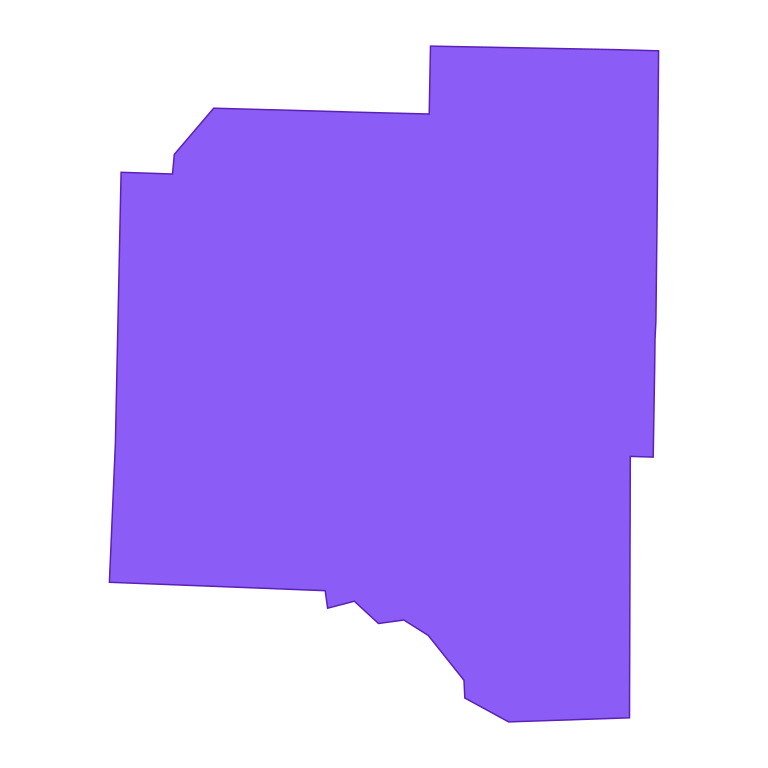 Grant, Arkansas, United States of America
{"feature_id": "52423323B41893440986627", "entity_name": "Grant", "entity_type": "district", "adm_level": 2, "iso_a3": "USA", "parent_name": "United States of America", "parent_adm1": "Arkansas", "projection": "equal_earth", "projection_center": [-92.409, 34.278], "detail": "fine", "context": "isolated", "style": "filled", "palette": "violet", "viewbox_px": 768, "rotation_deg": 0, "n_neighbors": 0, "source": "geoboundaries", "source_scale": "gbopen_adm2", "svg_char_len": 512}
<svg xmlns="http://www.w3.org/2000/svg" viewBox="0 0 768 768"><path d="M121.1,172.3L115.4,443.2L109.4,582.3L325.2,590.7L327.6,608.2L354.3,601.2L378.5,623.5L403.8,620.0L428.2,635.4L441.7,652.3L464.0,680.3L464.8,698.0L508.6,721.9L629.5,717.8L630.3,456.4L653.2,457.1L654.7,366.5L655.0,339.2L655.9,321.2L657.1,215.0L657.4,185.7L658.6,50.8L614.5,49.6L440.4,46.3L430.5,46.1L429.2,114.0L353.2,112.1L344.3,111.8L213.7,108.2L174.3,154.4L172.5,174.0L121.1,172.3Z" fill="#8b5cf6" stroke="#5b21b6" stroke-width="1.5"/></svg>